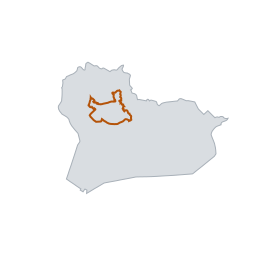 Sala ad-Din highlighted on a map of Iraq, rotated 317°
{"feature_id": "IRQ-3052", "entity_name": "Sala ad-Din", "entity_type": "Province", "adm_level": 1, "iso_a3": "IRQ", "parent_name": "Iraq", "parent_adm1": "", "projection": "orthographic", "projection_center": [43.888, 34.578], "detail": "fine", "context": "in_parent", "style": "outline", "palette": "amber", "viewbox_px": 256, "rotation_deg": 317, "n_neighbors": 0, "source": "natural_earth", "source_scale": "10m", "svg_char_len": 6492}
<svg xmlns="http://www.w3.org/2000/svg" viewBox="0 0 256 256"><g transform="rotate(317 128 128)"><path d="M106.8,53.4L108.3,53.0L111.1,50.7L112.7,48.6L113.2,48.4L114.7,49.1L115.7,49.3L118.1,48.5L119.5,49.0L120.7,49.5L121.4,49.6L124.6,50.9L125.4,51.1L127.0,51.3L129.5,51.3L131.0,50.5L132.2,49.6L133.0,49.6L133.7,49.8L134.4,50.2L134.9,50.8L135.2,51.7L135.1,54.6L135.3,55.4L135.7,56.0L136.3,56.1L137.0,55.4L138.1,54.5L139.6,53.5L140.6,52.6L141.3,52.2L142.2,52.3L143.2,52.4L143.7,52.8L143.7,53.0L144.2,54.4L145.5,59.4L146.3,60.1L147.1,60.6L147.7,61.3L147.9,62.1L147.9,63.3L147.9,64.6L148.3,65.7L148.8,66.5L149.2,66.9L149.9,66.9L150.7,67.1L151.2,67.9L153.0,73.6L153.2,74.4L153.9,74.6L155.1,74.5L156.3,75.1L157.6,76.0L158.9,77.7L159.7,78.0L162.3,77.7L165.8,77.9L167.5,78.8L167.3,79.3L166.1,80.0L163.8,80.8L163.2,82.1L162.9,83.7L162.9,84.6L163.5,85.6L165.1,87.5L165.2,88.2L165.6,89.2L165.9,89.9L165.6,91.2L164.1,92.2L162.3,93.2L158.5,97.7L158.3,98.7L158.3,101.3L158.0,102.1L156.7,102.1L155.8,101.9L155.8,102.9L155.2,104.1L154.8,105.2L156.3,107.6L156.6,109.0L156.4,110.2L155.1,112.3L154.3,113.7L154.5,114.0L155.5,114.6L158.8,119.1L159.9,120.7L161.2,120.2L161.7,120.3L162.1,120.5L162.4,121.1L162.4,121.7L162.1,122.8L163.8,123.2L164.5,124.2L166.6,127.7L166.5,128.8L165.6,130.5L165.6,131.6L165.8,132.6L166.1,133.0L169.1,133.0L170.4,133.4L173.6,135.2L177.2,137.9L180.2,140.1L182.7,142.0L185.3,141.7L186.1,142.1L186.8,142.7L187.6,144.2L189.2,147.8L190.6,149.0L192.7,151.8L194.6,154.5L193.5,158.2L192.4,162.1L192.6,167.1L192.7,169.8L195.3,169.8L198.2,169.8L198.3,173.0L198.4,176.2L198.6,179.8L199.5,180.0L200.8,180.7L201.5,181.8L202.2,182.5L203.1,182.5L204.0,183.1L204.9,184.1L205.2,184.9L205.0,185.4L205.2,186.4L205.9,187.7L206.6,188.4L207.8,189.1L206.3,189.6L204.6,189.4L201.0,187.9L199.9,187.9L198.4,188.6L198.3,189.1L194.5,187.5L193.2,187.2L192.7,187.1L190.6,187.2L187.5,187.7L185.7,188.5L184.5,189.3L184.0,190.0L183.8,190.5L182.9,192.7L181.8,195.6L180.7,198.3L178.5,202.0L177.3,203.7L174.7,206.9L171.7,207.6L164.9,207.1L157.3,206.6L149.8,206.0L144.2,205.6L143.7,205.4L138.2,201.0L133.8,197.5L128.3,193.1L122.8,188.5L117.2,183.9L113.2,180.6L108.3,176.3L103.9,172.3L100.4,169.2L95.9,166.4L92.4,164.2L87.4,161.0L83.3,158.5L79.9,156.3L74.6,152.9L72.9,151.9L67.3,150.7L62.1,149.5L56.7,148.4L53.1,147.6L55.6,145.4L54.9,143.3L53.2,143.6L51.6,144.0L50.7,140.8L52.0,140.4L51.0,136.2L50.1,131.8L49.1,127.6L48.2,123.3L52.9,120.8L56.3,118.9L61.2,116.3L65.9,113.7L70.3,111.3L75.1,108.6L79.5,106.1L83.4,105.2L84.2,104.4L86.1,100.9L87.7,98.0L87.8,97.3L87.9,93.0L88.3,88.0L88.9,85.3L89.8,83.0L90.7,81.3L90.8,79.7L90.7,78.0L90.0,75.5L89.2,72.9L89.4,70.4L89.5,69.1L90.1,67.0L91.1,65.4L92.1,64.5L95.7,63.6L97.8,63.0L100.8,60.3L102.5,58.7L104.9,56.2L106.6,54.3L106.8,53.6L106.8,53.4Z" fill="#d9dde1" stroke="#a8b0b8" stroke-width="1"/><path d="M140.9,91.6L142.5,93.2L142.7,93.4L143.1,93.5L143.3,93.4L145.1,93.4L145.7,93.5L147.0,94.5L147.2,94.8L147.3,94.8L147.2,95.2L147.3,96.6L146.5,97.2L146.0,97.5L145.6,97.7L145.4,97.8L145.3,98.0L145.3,98.4L145.3,98.6L145.1,99.0L144.8,99.3L144.5,99.5L144.3,99.6L143.9,99.7L143.6,99.9L143.4,100.0L143.4,100.3L143.5,100.5L143.6,100.8L143.6,101.1L143.3,101.7L143.1,101.9L142.9,102.1L142.6,102.3L142.4,102.6L142.2,102.8L142.1,103.0L141.9,103.2L141.3,102.6L141.1,102.5L140.7,102.4L140.4,102.3L140.3,102.2L140.2,102.2L140.0,102.5L140.0,102.8L140.2,103.5L140.0,103.9L140.1,104.0L140.2,104.3L139.9,104.4L139.7,104.6L139.8,104.6L139.8,104.8L140.0,104.9L140.1,105.0L139.9,105.4L139.9,105.5L140.0,105.7L140.0,105.9L139.9,106.2L139.7,106.6L139.6,106.8L139.6,107.0L139.9,107.3L140.0,107.4L140.3,107.6L140.1,107.8L140.1,108.2L140.1,108.3L139.9,108.4L139.8,108.5L139.8,108.9L139.8,109.0L139.7,108.9L139.4,108.9L139.2,109.0L138.6,109.5L138.5,109.8L138.4,109.9L138.4,109.7L138.2,109.8L138.1,110.0L137.8,110.1L137.6,110.1L137.6,110.3L137.7,110.8L137.4,110.9L137.2,110.9L137.2,111.0L137.3,111.3L137.3,111.6L136.9,111.9L137.0,112.1L136.9,112.5L136.7,113.0L136.7,113.3L136.8,113.3L137.0,113.2L137.5,113.2L137.9,113.2L138.1,113.3L138.9,114.0L139.1,114.2L139.2,114.5L139.2,114.9L139.2,115.3L139.1,115.6L138.6,116.5L138.3,117.3L138.3,117.5L138.3,117.8L138.4,118.0L138.5,118.1L138.8,118.4L138.9,118.5L138.6,119.0L138.3,120.1L138.5,120.6L138.5,121.1L138.3,121.6L137.7,122.1L137.4,122.3L137.1,122.7L136.8,123.0L136.0,124.2L134.8,124.1L134.2,123.8L133.7,123.6L134.2,123.2L133.7,122.4L133.2,121.1L132.9,120.6L132.6,120.3L132.1,119.8L131.6,119.7L128.9,119.7L127.4,119.2L125.5,118.4L123.8,118.1L122.9,117.8L120.7,115.9L118.2,113.3L117.1,111.8L116.3,109.8L116.1,108.8L115.9,107.7L115.5,107.1L115.4,106.6L115.3,105.4L115.0,103.7L113.1,104.8L112.6,104.7L112.0,104.3L108.9,101.7L108.3,98.9L108.3,94.7L108.2,94.5L108.7,92.6L110.5,92.2L116.1,92.2L116.7,92.2L116.8,92.1L116.9,91.9L116.8,91.7L116.9,91.4L116.8,91.2L116.8,90.9L116.7,90.9L116.4,90.9L116.5,90.8L116.5,90.7L116.4,90.7L116.2,90.5L116.2,90.4L116.1,90.2L115.9,90.0L115.8,89.9L115.9,89.5L115.9,89.4L115.9,89.2L116.0,89.1L116.0,88.9L115.9,89.0L115.9,88.9L115.6,88.4L115.6,88.1L115.5,87.9L115.2,87.7L114.7,87.0L114.6,86.9L114.6,86.6L114.5,86.3L114.5,86.2L114.6,85.9L114.8,85.6L114.7,85.4L114.6,85.0L114.5,84.8L114.5,84.7L114.7,84.4L114.8,84.4L115.0,84.4L115.5,84.2L116.1,83.8L116.3,83.7L116.7,83.6L118.6,82.3L119.6,81.9L119.9,81.7L120.2,81.6L120.4,81.5L120.6,81.0L120.8,80.9L121.0,80.8L121.4,80.7L121.5,80.3L121.6,80.2L121.5,80.7L121.5,80.8L121.4,80.9L121.4,81.0L121.5,81.0L121.7,81.4L121.7,81.6L121.7,81.8L121.7,82.0L121.8,82.1L122.0,82.1L122.2,82.5L122.2,82.8L122.3,84.3L122.3,84.6L122.2,84.8L122.2,85.0L122.0,85.3L121.7,85.4L121.4,85.8L121.2,85.8L121.1,85.7L121.0,85.4L120.9,85.2L120.6,85.1L120.5,85.4L120.6,85.6L120.5,85.8L120.5,86.0L120.6,86.3L120.8,86.5L121.2,86.9L121.4,87.1L121.8,87.3L122.0,87.4L122.1,87.7L122.1,87.8L121.9,87.9L121.9,88.0L122.0,88.1L122.0,88.4L121.9,88.6L122.6,88.8L122.9,89.0L122.9,89.3L122.7,89.4L122.6,89.5L122.4,89.6L122.3,89.8L122.4,90.0L122.5,90.2L122.7,90.4L122.8,90.5L123.8,91.6L124.1,92.0L124.5,92.1L124.7,92.4L124.9,92.6L125.3,92.8L126.5,93.4L130.6,95.9L131.8,96.3L133.1,96.9L134.1,97.5L135.4,98.8L136.6,99.8L137.0,99.8L137.3,99.4L137.4,99.2L137.2,99.2L137.1,98.8L137.1,98.6L137.1,98.3L137.2,98.2L137.4,97.9L137.5,97.8L137.6,97.7L137.9,97.2L138.0,97.1L138.1,96.9L138.2,96.7L138.3,96.4L138.3,96.2L138.4,95.9L138.6,95.5L138.9,95.2L139.3,94.7L139.6,94.4L139.8,94.3L140.3,94.0L140.4,93.8L140.4,93.5L140.1,92.7L140.1,92.4L140.2,92.1L140.3,91.9L140.4,91.7L140.6,91.6L140.9,91.6Z" fill="none" stroke="#b45309" stroke-width="2"/></g></svg>